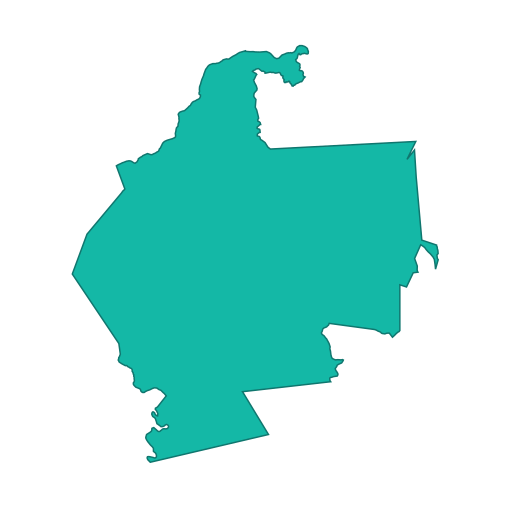 San Juan Lachao, Oaxaca, Mexico, rotated 274°
{"feature_id": "50627088B81693783238627", "entity_name": "San Juan Lachao", "entity_type": "district", "adm_level": 2, "iso_a3": "MEX", "parent_name": "Mexico", "parent_adm1": "Oaxaca", "projection": "mercator", "projection_center": [-97.102, 16.205], "detail": "fine", "context": "isolated", "style": "filled", "palette": "teal", "viewbox_px": 512, "rotation_deg": 274, "n_neighbors": 0, "source": "geoboundaries", "source_scale": "gbopen_adm2", "svg_char_len": 6077}
<svg xmlns="http://www.w3.org/2000/svg" viewBox="0 0 512 512"><g transform="rotate(274 256 256)"><path d="M336.2,110.4L313.7,120.5L312.8,119.9L311.5,118.6L309.6,117.5L266.0,85.9L225.2,74.0L159.1,125.3L148.6,127.5L145.9,126.7L145.2,126.2L143.6,126.1L142.6,125.8L141.7,126.4L140.7,126.9L139.2,129.5L137.5,133.3L137.7,134.7L136.7,135.8L136.3,136.9L135.6,138.0L135.1,139.5L134.1,140.4L132.3,140.5L130.9,141.6L129.8,141.7L128.9,142.4L127.6,142.4L126.3,143.0L125.0,143.0L123.3,143.4L122.1,143.2L120.9,142.5L119.6,142.6L118.5,143.3L116.8,145.2L115.5,149.2L114.8,150.0L112.9,150.8L112.3,151.6L111.9,152.7L112.2,154.3L113.1,155.1L113.6,156.1L114.0,156.7L115.1,159.4L116.5,161.7L117.4,163.7L117.4,166.2L116.0,168.5L115.4,170.5L113.2,173.0L112.5,174.0L110.2,176.2L99.0,168.6L98.2,167.9L97.2,166.3L96.1,166.2L94.5,167.7L91.9,169.1L89.6,169.0L89.7,168.3L90.5,167.0L91.5,166.2L92.5,165.8L93.3,164.6L93.3,163.9L92.9,163.5L92.0,163.1L90.8,163.1L89.5,163.7L88.7,164.2L87.9,165.6L87.0,166.8L84.5,167.9L81.8,168.9L81.3,169.8L79.8,172.2L79.1,173.1L79.2,174.4L79.9,176.1L81.1,177.3L81.7,178.4L81.3,179.7L80.4,180.5L79.4,180.7L78.1,180.0L77.6,179.4L77.2,178.0L77.3,176.0L77.1,175.7L76.8,174.8L75.7,173.8L75.1,173.0L74.4,172.4L74.1,171.6L74.3,170.5L74.9,169.6L75.7,168.7L77.7,166.0L77.1,164.6L76.8,164.2L75.6,164.2L74.2,164.0L73.8,163.7L72.9,162.8L70.3,159.3L67.5,158.7L66.4,158.9L65.0,159.7L63.1,161.1L60.4,163.6L59.3,164.8L58.7,165.6L57.5,166.7L56.8,167.1L54.0,167.3L53.0,168.6L52.7,169.2L52.0,169.8L50.5,170.5L49.2,170.7L48.0,170.3L47.5,169.4L47.5,168.7L47.8,167.7L48.4,163.8L48.4,162.6L48.2,161.8L47.6,161.5L46.5,161.6L45.1,162.4L42.9,164.9L78.8,280.9L119.7,252.0L135.8,339.3L136.8,338.5L138.1,338.2L139.3,338.1L140.0,338.7L140.3,340.0L141.1,341.8L141.9,345.4L142.7,345.8L143.7,346.0L144.7,345.7L145.7,344.9L146.4,344.6L147.3,343.6L149.3,342.9L151.5,344.3L152.6,344.5L153.6,345.7L155.3,348.9L157.6,350.2L158.3,350.4L158.7,349.6L158.3,348.1L158.3,344.9L158.1,343.5L157.9,342.7L158.4,340.9L158.7,340.2L159.4,339.0L160.7,338.3L162.8,337.6L166.5,336.9L168.6,336.1L170.5,336.3L173.8,335.0L178.4,332.1L178.8,331.5L181.2,329.4L182.4,327.4L183.8,326.6L185.9,327.4L187.7,327.6L188.9,328.7L190.2,331.4L191.1,332.1L192.2,333.2L193.9,333.7L191.0,378.6L190.8,380.1L190.3,381.5L189.6,382.9L188.8,385.5L187.8,386.5L187.5,387.4L187.3,390.0L188.1,391.8L188.3,393.2L188.3,394.4L184.5,397.8L186.6,399.8L188.5,401.4L190.1,403.1L190.5,403.9L191.7,404.7L237.3,401.5L235.6,408.3L250.2,414.0L251.2,418.7L252.1,418.1L253.6,417.7L257.2,417.6L264.6,414.4L278.7,419.5L277.6,421.6L276.2,423.7L274.3,425.3L272.2,427.4L270.3,429.8L267.3,432.7L265.1,434.1L260.2,435.2L255.4,436.0L265.0,438.0L266.2,437.1L269.6,436.4L271.1,437.5L273.9,437.1L275.0,436.8L275.8,436.4L277.7,436.1L278.5,435.5L279.5,435.4L283.4,420.3L345.9,410.3L372.8,406.7L362.9,399.9L381.4,407.4L363.7,262.9L365.4,260.3L369.8,257.1L371.9,253.8L372.5,252.4L374.8,251.6L375.6,250.6L375.6,249.6L375.9,248.9L376.9,248.8L378.0,249.0L379.4,250.6L379.6,251.5L382.1,251.1L382.7,250.7L382.9,249.5L383.4,248.2L384.8,248.2L386.2,249.7L387.3,250.6L387.5,251.5L389.4,250.8L390.2,249.7L390.6,248.5L392.1,248.2L393.6,249.0L395.5,248.5L401.7,246.5L404.3,244.9L412.2,245.0L413.3,243.9L415.1,242.6L417.7,242.7L418.7,243.1L421.6,245.3L423.1,245.4L425.7,244.4L428.9,242.4L431.5,241.3L432.3,242.0L436.4,243.5L437.1,244.1L438.1,243.2L438.7,241.7L439.9,239.6L440.8,240.3L441.6,242.1L442.5,243.0L443.1,245.3L442.8,246.0L440.8,248.9L440.9,250.5L440.0,252.2L439.0,252.3L439.2,253.3L440.3,257.0L440.4,257.6L440.1,259.1L440.4,260.3L439.8,262.4L440.0,263.8L440.7,266.1L440.6,266.8L439.8,267.6L438.8,268.0L437.8,268.8L437.6,270.2L436.9,270.4L436.0,270.3L435.1,270.6L433.9,271.8L433.3,271.6L431.7,271.8L431.0,272.6L431.2,273.8L431.9,274.0L431.8,275.7L432.7,276.6L432.4,277.4L431.6,277.6L430.6,278.2L429.9,279.2L429.1,279.5L428.7,280.0L428.1,280.2L428.1,281.3L428.8,281.5L429.2,282.8L429.8,283.1L430.8,284.3L431.5,285.9L432.2,287.0L432.9,288.2L433.1,289.4L434.8,290.5L436.3,291.1L438.0,292.5L438.3,291.8L438.3,291.0L440.3,290.2L441.6,290.5L442.6,290.2L443.7,289.3L444.0,288.2L443.9,287.1L444.3,286.3L445.4,286.4L447.3,286.9L448.1,286.3L448.9,286.5L450.0,286.5L450.8,286.1L452.2,283.3L453.0,282.5L454.8,281.9L455.4,282.7L456.3,283.3L458.1,283.6L458.5,283.5L459.7,284.0L460.2,284.0L461.0,284.8L459.8,285.9L460.0,286.7L460.6,287.1L461.2,288.6L461.2,289.2L461.6,290.0L461.4,290.9L461.1,292.8L461.2,293.3L461.6,293.9L463.5,294.0L464.7,293.5L465.5,293.0L466.0,293.0L466.8,292.5L467.6,291.4L468.4,290.0L469.1,287.3L468.9,284.8L467.4,282.6L466.1,281.9L465.0,281.6L463.8,281.1L462.1,279.7L461.0,277.5L461.3,276.6L461.0,275.5L460.9,274.5L461.0,274.2L460.4,272.2L459.5,270.6L458.3,267.9L454.9,265.0L454.3,262.8L455.2,260.4L458.7,256.7L459.6,255.3L460.7,252.1L459.7,245.6L459.5,240.8L459.7,239.1L459.4,235.7L459.4,231.1L460.2,231.8L457.9,225.5L456.4,223.2L455.7,222.5L453.4,218.7L451.6,216.4L450.9,215.7L450.4,214.5L450.6,213.0L450.4,212.3L449.4,209.5L448.1,208.4L447.8,207.8L446.3,206.0L445.8,204.8L445.5,203.2L445.1,202.3L444.9,199.5L443.7,196.8L443.2,196.0L441.8,194.7L440.3,193.9L438.7,192.8L433.6,191.3L432.6,191.2L428.6,189.8L426.2,189.2L423.6,188.7L420.9,187.9L418.3,187.9L416.2,188.2L414.8,187.8L414.1,187.9L413.3,188.1L412.7,189.4L411.0,189.4L409.7,188.9L409.2,188.5L408.4,187.7L407.9,186.5L406.5,184.6L405.8,183.0L405.0,181.9L403.0,180.6L401.6,180.1L400.7,178.8L399.1,177.6L396.3,174.9L395.8,174.1L395.5,172.9L394.6,170.8L393.9,169.6L392.0,168.5L389.0,169.5L387.6,169.5L385.6,169.9L384.4,169.7L382.4,169.1L380.1,169.1L378.2,167.7L376.1,167.4L375.3,167.4L372.9,167.0L372.1,167.0L371.3,167.3L369.3,167.4L368.2,166.5L367.9,165.6L367.2,164.5L366.6,162.8L365.3,159.3L363.8,156.6L362.1,155.1L356.9,153.0L356.2,152.2L354.0,151.6L353.2,150.7L352.7,149.7L351.6,148.5L351.0,147.1L349.8,145.1L349.8,143.8L350.6,140.6L348.3,136.2L347.2,135.2L346.4,133.7L345.7,133.0L344.9,131.9L343.6,131.7L341.6,130.7L340.1,128.9L340.4,127.7L341.0,126.5L341.7,125.3L342.1,123.9L342.1,122.6L341.5,120.2L340.1,117.3L339.7,116.2L338.9,114.9L337.4,112.1L336.2,110.4Z" fill="#14b8a6" stroke="#0f766e" stroke-width="1.5"/></g></svg>